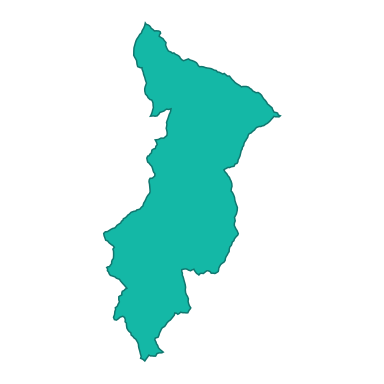 outline of Marília, São Paulo, Brazil
{"feature_id": "56859067B32414621865348", "entity_name": "Marília", "entity_type": "district", "adm_level": 2, "iso_a3": "BRA", "parent_name": "Brazil", "parent_adm1": "São Paulo", "projection": "robinson", "projection_center": [-49.991, -22.185], "detail": "fine", "context": "isolated", "style": "filled", "palette": "teal", "viewbox_px": 384, "rotation_deg": 0, "n_neighbors": 0, "source": "geoboundaries", "source_scale": "gbopen_adm2", "svg_char_len": 6015}
<svg xmlns="http://www.w3.org/2000/svg" viewBox="0 0 384 384"><path d="M280.3,115.8L278.3,115.0L277.6,113.1L276.1,112.5L274.1,112.2L272.7,109.7L272.0,107.7L270.4,106.4L268.7,104.9L267.4,103.9L266.8,102.5L265.3,100.4L263.9,99.1L262.6,97.2L261.6,95.3L260.0,93.7L258.1,92.5L256.0,92.7L254.4,91.8L252.7,90.9L251.5,89.3L250.1,88.5L248.5,87.1L246.3,86.5L244.6,86.5L242.8,86.5L241.4,86.9L240.0,85.7L238.7,84.9L237.0,83.9L235.1,82.6L233.7,81.0L232.2,79.6L230.9,78.0L229.5,76.1L227.4,76.1L225.9,74.8L224.2,73.4L222.9,74.1L221.0,73.1L219.2,72.2L217.5,72.0L216.2,70.5L214.1,70.1L212.7,69.3L211.1,68.6L209.5,68.3L207.3,68.0L205.4,67.6L203.6,66.9L201.8,66.6L199.5,66.7L198.2,65.6L197.6,64.3L196.4,62.7L194.6,61.6L192.2,60.6L190.3,60.1L188.4,58.9L186.5,59.6L184.8,60.3L183.4,60.7L181.9,59.8L180.4,58.3L179.5,56.6L178.2,55.6L177.0,54.9L175.5,54.3L173.9,52.9L172.5,53.3L171.1,52.1L168.4,51.0L167.3,49.2L166.5,47.5L165.6,45.1L166.0,42.6L164.3,40.6L163.0,38.7L161.0,37.5L159.2,36.3L159.6,34.5L160.6,33.3L160.2,31.8L158.8,31.0L156.4,30.8L154.4,30.9L152.8,29.4L151.2,28.3L150.5,27.0L149.5,25.8L147.9,24.8L146.3,24.4L145.3,23.0L144.7,25.7L143.7,28.1L142.2,30.6L141.4,33.0L139.8,34.4L138.6,36.5L136.7,39.3L136.0,40.9L135.5,42.4L134.9,44.6L134.0,47.8L133.8,51.4L133.8,53.2L133.7,55.2L134.5,56.9L135.4,58.4L136.5,60.4L136.8,62.2L137.0,64.1L137.7,66.6L140.5,67.8L142.0,67.7L142.1,69.3L143.2,72.1L143.6,74.4L144.7,77.3L145.1,78.8L145.5,80.3L146.5,83.1L145.1,87.0L144.7,89.0L144.8,91.2L145.5,94.1L147.2,95.9L148.1,97.7L150.1,99.6L151.7,100.0L152.5,101.6L153.0,103.0L153.1,105.4L153.4,107.7L152.7,109.9L152.1,112.3L151.2,114.7L150.4,116.2L152.0,116.0L153.5,115.9L155.0,116.2L157.1,115.9L159.1,113.8L159.8,112.5L162.1,111.7L164.0,111.0L165.2,110.0L166.6,109.1L168.6,109.5L171.0,108.8L170.6,111.2L170.1,112.7L169.3,114.2L168.3,117.4L167.7,119.2L167.1,120.7L166.5,122.6L166.9,124.3L166.6,126.4L166.2,128.3L166.9,130.9L167.2,133.0L166.9,135.5L165.2,136.9L163.7,138.2L161.0,138.1L158.3,139.5L155.2,139.9L156.5,142.3L157.2,144.6L155.9,146.2L155.3,148.5L153.5,149.0L151.9,150.1L151.4,152.9L149.9,154.2L149.0,155.8L147.7,156.1L146.8,158.1L147.2,160.2L147.7,162.1L148.8,162.9L150.5,165.0L151.8,166.4L152.7,169.0L153.1,170.7L153.7,172.2L154.9,173.7L154.8,176.0L153.8,176.9L152.3,178.2L150.1,178.3L149.2,179.9L149.0,181.8L149.5,184.1L149.8,187.3L150.0,189.5L150.1,191.7L149.6,193.3L148.0,195.2L146.6,197.4L145.9,199.2L144.8,201.4L143.7,203.1L143.3,204.5L142.9,206.0L141.4,207.2L139.8,209.2L138.1,209.6L136.8,209.9L135.8,211.0L133.9,211.3L131.1,212.3L129.4,214.1L127.8,215.1L126.6,216.7L125.1,217.9L123.4,218.7L122.8,220.4L121.5,221.2L120.7,223.0L118.7,224.2L116.9,225.4L116.1,226.6L114.7,228.0L112.8,228.4L110.7,229.5L109.0,230.6L107.5,231.6L105.3,231.8L103.7,233.4L104.1,235.8L104.9,237.9L105.7,240.2L107.6,240.9L109.1,242.8L110.5,243.9L111.7,244.9L112.9,245.5L114.3,247.3L112.9,249.1L113.5,251.0L113.6,253.3L113.6,255.7L113.4,258.5L112.2,260.0L111.7,261.5L111.6,263.7L110.3,265.3L109.5,266.6L107.9,266.8L106.7,267.5L107.6,268.9L107.4,270.7L108.5,271.9L109.2,273.8L110.4,275.4L111.8,275.8L113.6,276.4L115.2,277.0L116.3,278.1L117.8,278.7L119.5,279.3L120.5,280.9L122.9,283.7L124.5,285.4L125.6,286.8L126.9,288.2L125.4,289.0L124.0,290.5L122.3,291.3L121.8,293.0L121.8,294.9L120.1,295.8L118.8,296.7L118.8,298.2L118.8,299.9L119.4,301.9L118.1,304.2L117.2,306.4L115.3,307.7L115.6,309.4L114.9,311.4L114.7,313.1L114.5,314.7L113.5,317.3L114.4,319.6L116.4,320.1L117.8,319.2L120.2,317.1L122.8,316.3L124.6,317.5L125.3,319.7L125.1,321.8L126.4,323.1L126.5,325.5L126.9,328.2L127.9,330.0L128.9,331.3L130.8,332.8L131.2,335.1L132.8,336.3L134.1,338.0L135.8,339.2L136.7,340.7L137.7,342.4L138.4,344.2L138.6,346.7L139.0,348.5L139.8,351.2L140.5,354.2L141.2,356.4L140.6,358.3L142.9,359.3L144.8,361.0L146.3,358.8L147.5,357.2L148.9,355.1L150.4,355.9L151.9,355.9L153.5,356.1L155.6,356.1L157.0,353.6L158.9,352.9L161.9,352.8L163.2,352.1L159.8,349.3L158.4,347.7L157.6,345.3L156.6,344.0L155.9,341.8L154.8,339.8L155.3,338.0L156.7,337.7L158.1,337.2L158.8,335.6L159.6,332.9L160.5,331.1L161.3,329.3L162.3,327.8L164.7,326.4L166.0,324.5L166.9,323.0L167.9,321.9L169.0,320.9L170.4,320.0L172.2,317.8L173.4,316.3L174.3,315.1L174.8,313.0L176.6,313.3L177.8,314.3L179.5,313.3L180.6,312.2L182.7,312.7L184.7,312.7L186.1,312.9L187.8,312.8L189.0,310.4L190.1,309.1L190.8,307.9L189.5,305.9L188.7,303.9L188.1,301.4L188.4,298.8L187.4,296.3L186.4,294.8L185.6,292.7L185.3,289.8L185.6,287.2L185.2,284.6L184.5,282.1L184.0,280.3L183.6,278.7L183.1,276.9L182.3,275.2L182.4,273.1L181.7,271.3L181.8,269.6L183.9,269.1L185.7,268.9L187.0,269.2L188.5,270.1L190.5,270.8L191.9,270.0L193.9,269.2L194.6,270.7L195.6,272.1L196.6,273.4L197.8,274.1L198.9,275.0L200.3,273.4L201.7,273.3L203.4,273.5L205.2,272.0L206.8,270.8L208.2,270.8L210.1,271.6L211.2,273.2L213.1,273.2L214.9,273.5L216.5,272.7L218.2,271.5L218.6,269.9L218.8,268.1L219.7,266.2L220.7,264.5L222.4,263.1L223.9,262.2L225.1,260.5L225.5,258.0L226.3,256.3L227.3,254.8L228.1,253.1L229.1,251.7L229.3,249.0L229.9,246.9L231.3,245.4L231.9,243.8L232.2,242.2L233.9,240.7L234.3,239.1L235.4,237.6L236.4,236.4L237.7,235.2L238.3,233.7L237.7,232.2L237.0,230.5L236.1,229.2L235.4,227.8L234.3,225.5L234.4,223.1L235.2,220.9L234.8,218.8L234.5,217.3L235.3,216.0L236.4,213.9L237.2,210.5L237.4,207.5L236.3,204.7L235.6,202.7L234.9,200.4L234.5,197.3L233.7,195.1L232.9,193.4L232.1,192.0L231.1,191.1L231.4,188.3L232.0,186.4L231.8,183.6L231.1,181.2L230.2,179.5L229.4,177.4L227.8,175.6L226.7,173.6L225.2,172.1L223.9,169.9L225.0,169.0L226.3,168.4L228.0,167.4L229.5,167.6L231.2,166.8L234.0,166.3L235.1,164.0L237.0,163.4L237.9,161.8L238.1,159.9L239.0,158.2L240.0,155.9L241.2,150.6L242.1,149.2L242.4,147.3L243.6,145.7L244.0,143.5L244.7,141.8L245.7,140.6L246.4,139.2L247.6,137.5L248.3,134.9L249.3,133.6L251.0,133.0L252.6,131.4L254.6,129.9L255.5,128.5L256.7,127.4L259.1,126.5L260.9,126.5L262.2,125.9L263.8,125.6L265.9,124.1L267.1,123.5L268.4,122.5L270.2,120.8L271.4,119.3L272.8,117.8L273.9,116.4L275.5,116.8L277.7,116.8L279.0,116.9L280.3,115.8Z" fill="#14b8a6" stroke="#0f766e" stroke-width="1.5"/></svg>